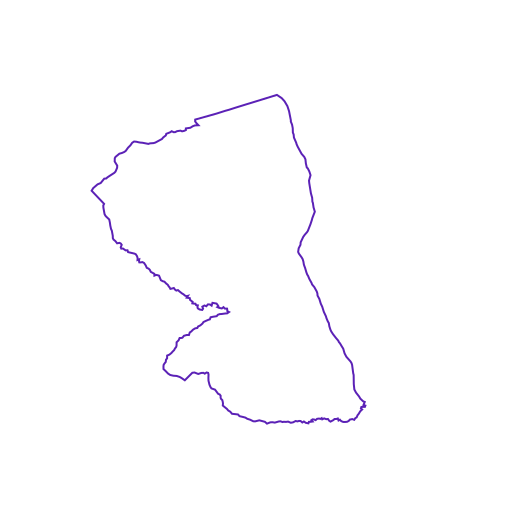 the district of Araguacema, Tocantins, Brazil, rotated 123°
{"feature_id": "56859067B99169235597900", "entity_name": "Araguacema", "entity_type": "district", "adm_level": 2, "iso_a3": "BRA", "parent_name": "Brazil", "parent_adm1": "Tocantins", "projection": "mercator", "projection_center": [-49.438, -8.91], "detail": "fine", "context": "isolated", "style": "outline", "palette": "violet", "viewbox_px": 512, "rotation_deg": 123, "n_neighbors": 0, "source": "geoboundaries", "source_scale": "gbopen_adm2", "svg_char_len": 5044}
<svg xmlns="http://www.w3.org/2000/svg" viewBox="0 0 512 512"><g transform="rotate(123 256 256)"><path d="M281.2,144.3L279.6,148.9L278.3,151.8L277.3,153.4L275.0,156.2L272.6,158.4L271.7,160.2L269.8,163.0L268.5,164.5L265.9,168.7L262.5,172.8L260.7,175.7L257.5,179.5L255.7,182.8L253.9,184.2L252.7,185.7L250.3,190.2L249.3,193.5L248.3,194.8L246.4,198.4L245.5,199.8L244.3,201.5L243.7,202.9L242.3,204.8L239.3,208.3L237.9,210.2L237.0,211.3L235.0,213.1L234.1,214.1L233.2,215.2L232.3,217.0L230.6,221.4L229.6,222.9L226.3,224.4L222.4,224.8L220.2,226.0L214.2,226.8L211.8,226.7L208.2,226.2L206.7,226.2L199.8,227.6L195.6,228.7L193.5,229.4L186.8,230.8L183.9,234.2L180.5,237.2L179.7,238.3L176.6,240.6L173.5,244.1L165.9,251.0L163.9,252.6L158.5,254.3L156.0,257.4L154.3,260.3L154.1,261.6L151.2,264.6L148.0,267.2L146.6,269.5L145.5,273.4L141.6,280.6L140.1,282.9L139.1,284.0L136.0,288.7L133.6,290.6L132.4,292.3L128.8,294.8L126.2,297.3L124.3,300.0L123.2,300.7L116.5,307.2L113.2,311.3L110.7,316.3L109.6,320.4L109.5,326.2L131.8,344.8L133.2,346.0L142.8,354.0L148.2,358.4L150.9,360.8L158.1,366.7L174.7,381.3L176.3,380.3L177.0,378.4L177.7,375.5L179.8,378.4L181.6,379.7L184.2,380.9L187.2,384.3L188.6,383.4L190.3,384.5L191.7,385.9L192.0,387.6L194.3,390.2L196.2,391.3L197.0,392.5L197.3,394.7L198.7,395.2L200.6,396.5L202.4,397.8L204.0,397.3L205.4,397.8L207.1,398.4L209.1,398.6L215.7,402.2L217.1,403.4L219.3,406.3L220.6,407.3L222.9,413.0L223.9,414.8L224.6,416.5L225.3,418.5L226.4,420.6L228.5,421.5L231.6,421.6L234.8,422.3L238.9,422.5L240.6,423.2L242.7,424.6L244.6,426.3L249.4,427.8L250.9,427.7L253.7,426.0L255.8,421.6L257.7,420.5L261.7,419.8L263.4,420.1L268.3,422.3L271.1,423.5L272.5,423.8L273.8,425.4L279.4,426.0L282.2,427.9L287.7,429.5L290.8,429.4L295.0,411.8L296.8,411.6L298.6,410.3L302.0,407.1L303.3,405.9L304.2,404.3L304.6,402.9L305.3,399.0L307.6,396.7L309.8,394.8L312.2,392.4L313.3,390.7L317.1,387.1L319.0,385.8L319.8,384.5L320.1,382.0L321.0,379.4L319.3,377.6L319.2,376.1L319.8,374.7L322.4,374.2L323.2,373.0L322.2,371.7L322.3,368.4L321.2,366.9L322.4,365.4L321.7,363.4L320.9,361.2L320.2,359.2L320.0,357.8L321.0,355.6L322.3,354.1L323.9,353.2L322.4,352.1L323.8,351.5L324.9,350.4L324.1,349.1L323.0,348.0L322.8,346.1L324.0,343.3L325.4,341.2L325.1,339.2L325.4,337.6L326.6,335.6L326.3,331.6L327.8,330.5L326.3,329.5L325.7,328.1L325.3,326.6L328.1,322.6L327.9,320.3L327.4,318.8L328.0,316.4L328.2,314.3L329.0,312.7L329.4,311.3L330.2,309.9L329.1,308.8L327.6,307.5L328.3,305.7L328.4,304.0L327.1,302.9L327.4,300.9L327.7,297.5L327.6,296.0L327.9,294.0L327.5,292.3L326.5,291.4L328.7,291.4L327.4,288.6L328.7,287.4L329.0,284.1L330.4,283.6L329.7,282.0L329.0,280.8L329.8,279.5L329.1,277.9L330.6,277.4L331.6,276.3L331.6,274.2L330.5,271.7L329.0,271.7L327.7,273.4L325.6,272.3L325.2,270.3L322.8,270.0L321.7,268.2L321.8,266.2L319.0,267.0L317.4,263.2L317.9,261.7L318.6,260.2L319.9,260.6L319.6,258.7L318.6,256.1L316.6,255.4L317.1,253.6L315.9,251.6L317.9,249.9L317.7,248.1L319.9,249.0L320.8,250.3L322.2,251.9L323.5,253.4L324.4,254.7L326.1,256.0L327.9,256.2L330.3,258.9L332.1,260.7L334.3,260.2L335.3,261.1L337.7,262.7L340.0,264.1L341.8,264.1L344.5,264.9L346.7,266.2L348.3,266.0L349.8,267.6L352.1,268.7L354.6,269.2L356.2,269.9L358.8,269.2L359.9,271.0L362.2,273.0L364.6,273.2L365.6,274.2L366.4,275.4L368.9,275.0L371.6,275.6L374.3,273.9L375.8,273.4L377.8,273.6L379.5,273.4L381.8,273.9L383.4,274.1L385.9,274.9L387.9,276.3L390.3,274.8L392.0,275.0L394.0,274.0L395.9,274.2L397.5,274.2L398.8,273.6L401.2,272.0L401.7,269.2L402.5,265.7L402.5,263.1L401.4,260.1L399.8,257.2L399.0,254.1L398.9,252.0L399.0,248.0L388.6,245.8L387.2,244.1L386.4,240.2L383.9,238.2L382.6,236.4L382.6,234.9L380.6,234.0L380.1,232.5L381.2,231.3L384.2,229.5L386.5,227.9L389.3,224.9L390.8,222.6L391.3,221.2L390.4,217.6L392.2,212.7L391.9,211.0L392.5,209.5L393.9,208.7L394.8,207.7L395.2,205.8L396.3,204.6L397.6,203.4L399.5,202.4L400.1,197.0L400.7,195.2L400.6,192.8L401.4,190.2L398.7,184.8L399.3,182.6L398.0,179.0L397.3,176.8L397.3,174.7L396.5,171.8L396.1,168.3L395.2,166.7L392.0,163.7L390.2,158.2L390.6,155.5L387.7,153.4L386.4,151.6L385.5,149.5L382.3,146.7L381.3,145.4L380.8,143.3L379.8,142.3L379.2,141.1L378.4,140.0L377.4,138.9L376.9,136.0L375.3,134.3L372.8,132.9L372.1,131.1L370.9,130.1L370.1,128.7L370.4,126.5L368.7,125.7L368.8,123.4L367.8,120.9L366.3,121.3L365.2,119.8L364.0,118.4L363.5,120.1L362.2,119.6L361.5,118.3L361.2,116.6L359.3,116.1L358.0,114.6L357.5,113.2L356.2,112.6L356.9,111.5L355.1,110.4L354.6,108.2L353.5,106.9L354.3,104.9L354.3,103.3L351.4,101.7L350.0,101.4L348.8,99.7L347.7,98.9L349.0,97.2L347.6,96.5L348.0,95.2L347.9,93.3L347.4,92.0L346.4,90.5L345.4,89.3L343.8,88.4L342.1,88.2L340.3,86.4L339.9,84.4L337.9,84.4L336.5,83.7L334.3,84.1L332.4,83.9L329.5,84.0L326.9,83.4L326.7,85.0L325.2,85.4L324.2,84.0L323.2,82.5L321.9,82.8L322.4,84.7L319.2,85.3L319.5,87.1L318.8,90.8L317.7,93.0L316.1,97.7L314.4,100.8L310.2,104.2L302.6,109.3L301.4,110.6L295.1,116.0L293.9,117.4L293.0,119.2L291.3,125.3L289.4,128.7L286.2,132.4L285.1,134.8L283.5,138.0L283.0,139.7L282.2,140.9L281.2,144.3Z" fill="none" stroke="#5b21b6" stroke-width="2"/></g></svg>